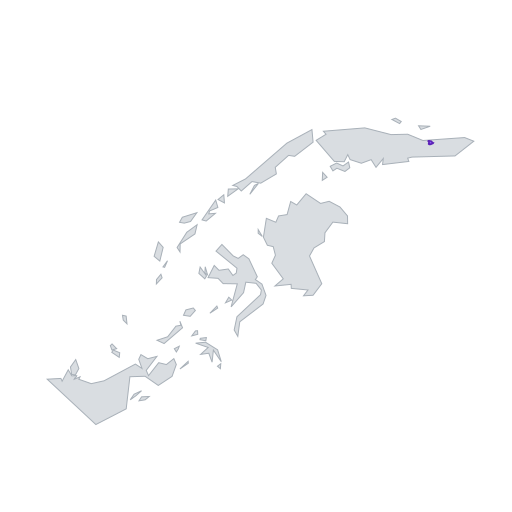 Pakpak Bharat, Sumatera Utara, Indonesia shown in context, rotated 133°
{"feature_id": "22746128B12751431115951", "entity_name": "Pakpak Bharat", "entity_type": "district", "adm_level": 2, "iso_a3": "IDN", "parent_name": "Indonesia", "parent_adm1": "Sumatera Utara", "projection": "mercator", "projection_center": [98.235, 2.53], "detail": "fine", "context": "in_parent", "style": "filled", "palette": "violet", "viewbox_px": 512, "rotation_deg": 133, "n_neighbors": 0, "source": "geoboundaries", "source_scale": "gbopen_adm2", "svg_char_len": 4805}
<svg xmlns="http://www.w3.org/2000/svg" viewBox="0 0 512 512"><g transform="rotate(133 256 256)"><path d="M169.9,211.0L178.8,222.9L192.0,221.4L198.8,215.8L210.5,219.1L219.5,216.9L231.4,189.0L245.8,187.5L252.7,194.1L245.4,194.8L255.6,208.1L252.8,211.0L265.0,221.7L254.1,220.5L250.5,239.5L242.2,242.3L237.4,249.8L240.4,255.0L237.2,263.4L221.4,274.1L217.8,264.5L211.3,266.8L204.5,261.5L192.5,267.8L190.9,261.0L176.3,261.8L173.5,244.6L166.1,239.8L162.9,228.0L164.3,216.4L169.9,211.0ZM23.5,175.0L47.1,178.7L77.3,209.4L81.0,211.8L82.6,208.7L102.8,225.8L97.9,229.4L109.3,228.7L107.0,237.5L116.3,242.2L121.3,252.9L119.3,258.0L126.9,255.8L133.4,263.2L130.4,290.9L119.2,287.8L118.8,291.8L88.1,263.8L75.1,240.0L63.5,228.1L57.7,212.7L27.1,184.2L23.5,175.0ZM488.5,258.2L488.5,324.7L478.6,315.2L479.8,312.4L467.3,315.7L469.3,309.0L465.8,305.5L467.0,305.0L469.0,305.3L470.2,304.9L464.4,302.3L467.0,301.5L461.7,289.4L450.9,282.0L417.3,270.5L416.0,262.7L411.5,271.3L406.6,272.9L404.9,265.1L397.0,260.0L414.5,258.3L416.8,253.0L400.4,254.4L396.5,247.5L387.1,246.1L389.7,240.3L401.3,235.3L417.3,239.2L419.6,255.1L430.3,265.9L456.3,246.7L488.5,258.2ZM325.0,221.5L313.4,228.5L281.2,226.3L277.2,228.9L275.9,237.3L282.1,245.6L291.3,240.1L310.2,239.5L289.1,250.7L298.6,261.2L298.2,268.5L304.5,276.3L291.4,280.1L291.7,273.3L284.4,267.4L286.0,259.6L281.9,258.8L277.9,261.6L279.7,288.6L270.8,288.8L271.5,272.7L269.9,267.4L263.8,266.2L262.9,259.3L270.3,240.9L273.7,240.4L272.5,232.5L278.0,221.8L286.3,218.1L315.2,223.0L327.2,214.5L325.0,221.5ZM133.8,291.9L156.7,295.7L160.2,300.8L178.0,302.4L182.1,297.1L199.5,302.2L204.3,309.7L218.5,311.1L218.2,317.4L220.2,321.1L206.7,316.2L152.5,310.4L125.4,301.3L133.8,291.9ZM353.9,223.0L363.6,215.7L359.3,224.2L365.7,229.4L355.5,228.6L360.9,240.7L353.5,234.1L350.8,220.1L357.0,209.3L353.9,223.0ZM358.6,260.8L382.7,263.5L385.1,270.9L375.3,265.5L361.9,266.7L357.9,263.7L355.6,267.2L358.6,260.8ZM303.6,319.5L285.8,322.8L273.3,320.4L281.5,315.7L298.9,319.7L304.9,314.3L303.6,319.5ZM252.5,314.8L264.4,316.3L266.4,320.1L242.6,323.6L246.5,317.0L254.7,320.7L257.4,319.3L252.5,314.8ZM325.3,322.9L325.7,330.3L312.3,337.0L313.0,329.8L325.3,322.9ZM133.5,248.6L136.7,256.7L141.3,257.8L139.8,262.9L133.0,260.4L130.8,253.8L124.2,252.4L127.5,247.6L133.5,248.6ZM463.7,316.0L454.7,317.2L459.1,308.8L466.1,307.0L468.3,310.1L463.7,316.0ZM275.4,327.4L280.9,330.9L283.5,334.9L277.9,336.3L264.7,328.8L275.4,327.4ZM345.0,263.0L348.8,268.6L343.2,270.5L336.8,266.4L337.2,263.2L345.0,263.0ZM219.1,314.9L231.6,317.4L225.9,321.9L219.1,314.9ZM238.7,315.3L240.6,322.3L233.2,321.3L238.7,315.3ZM155.5,259.1L149.4,264.3L149.9,257.7L155.5,259.1ZM423.4,286.9L424.8,295.8L422.1,296.2L419.7,289.7L423.4,286.9ZM215.1,302.6L205.4,305.3L201.4,303.7L215.1,302.6ZM307.6,277.9L307.7,285.9L302.2,289.3L304.3,278.6L307.6,277.9ZM42.3,217.1L51.0,221.7L49.9,225.9L42.3,217.1ZM63.5,249.7L60.1,248.0L58.6,241.5L61.2,241.3L63.5,249.7ZM390.4,313.2L388.5,310.0L393.6,304.1L393.4,309.4L390.4,313.2ZM380.6,232.4L390.5,234.6L379.3,233.8L380.6,232.4ZM320.2,248.5L329.3,250.7L319.3,250.5L320.2,248.5ZM303.3,281.8L298.5,285.8L302.8,278.6L303.3,281.8ZM431.6,238.3L436.8,239.0L441.7,242.8L437.0,243.6L431.6,238.3ZM344.4,309.8L341.1,312.7L334.2,313.1L336.0,309.8L344.4,309.8ZM423.0,297.3L420.9,301.4L418.5,301.3L418.8,294.7L423.0,297.3ZM358.2,248.5L352.1,249.2L350.5,247.8L353.0,245.2L358.2,248.5ZM432.6,247.8L440.0,248.5L447.0,249.9L440.2,250.9L432.6,247.8ZM304.8,243.7L311.0,246.4L304.7,247.8L304.8,243.7ZM362.9,209.0L358.8,208.3L362.7,205.2L362.9,209.0ZM319.8,317.5L326.6,315.1L327.4,316.6L319.8,317.5ZM380.5,248.8L379.5,252.5L374.3,250.6L376.9,249.5L380.5,248.8ZM237.9,269.9L235.2,272.4L237.4,264.7L237.9,269.9ZM352.2,234.9L355.4,239.9L354.2,240.6L349.5,236.7L352.2,234.9Z" fill="#d9dde1" stroke="#a8b0b8" stroke-width="1"/><path d="M53.7,208.1L53.8,208.2L53.9,208.3L54.0,208.4L54.2,208.5L54.3,208.5L54.2,208.3L54.2,208.2L54.2,207.9L54.2,207.7L54.3,207.7L54.3,207.8L54.5,207.9L54.7,207.7L54.7,207.4L54.7,207.2L54.8,207.0L55.0,207.0L55.1,206.9L55.2,206.7L55.3,206.7L55.5,206.6L55.8,206.6L55.9,206.4L55.8,206.2L55.7,206.0L55.8,206.0L55.9,205.9L56.0,205.9L56.0,206.0L56.3,206.0L56.3,205.9L56.4,205.7L56.2,205.4L56.1,205.2L56.0,204.9L55.9,204.8L55.7,204.8L55.7,204.7L55.4,204.6L55.2,204.5L55.2,204.4L55.0,204.2L54.9,204.2L54.7,204.2L54.4,204.0L54.2,204.1L53.9,203.9L53.7,203.8L53.6,203.7L53.4,203.5L53.2,203.5L53.1,203.4L52.9,203.3L52.7,203.4L52.6,203.5L52.4,203.5L52.5,203.7L52.4,203.7L52.4,203.8L52.5,203.9L52.5,204.0L52.7,204.3L52.7,204.5L52.8,204.5L52.7,204.6L52.8,204.8L52.8,205.0L52.7,205.2L52.5,205.3L52.5,205.5L52.5,205.8L52.5,206.0L52.6,206.3L52.7,206.5L52.7,206.4L52.7,206.5L52.8,206.6L53.0,206.8L53.1,207.0L53.3,207.2L53.3,207.3L53.4,207.5L53.5,207.7L53.5,207.8L53.6,208.0L53.7,208.1Z" fill="#8b5cf6" stroke="#5b21b6" stroke-width="1.5"/></g></svg>